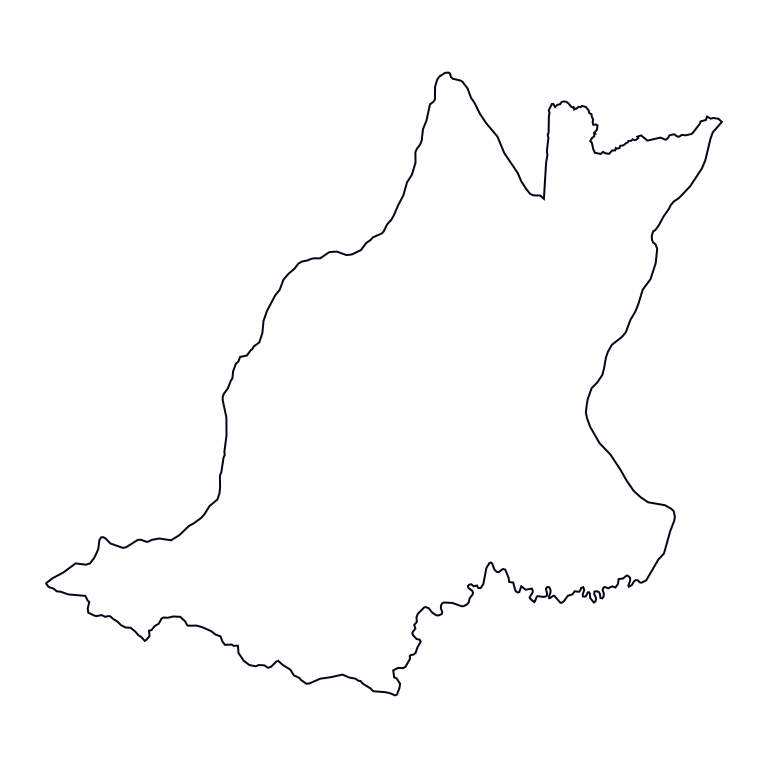 Puerto Nare, Antioquia, Colombia (Natural Earth projection)
{"feature_id": "7082276B40653631008406", "entity_name": "Puerto Nare", "entity_type": "district", "adm_level": 2, "iso_a3": "COL", "parent_name": "Colombia", "parent_adm1": "Antioquia", "projection": "natural_earth1", "projection_center": [-74.693, 6.141], "detail": "fine", "context": "isolated", "style": "outline", "palette": "ink", "viewbox_px": 768, "rotation_deg": 0, "n_neighbors": 0, "source": "geoboundaries", "source_scale": "gbopen_adm2", "svg_char_len": 6079}
<svg xmlns="http://www.w3.org/2000/svg" viewBox="0 0 768 768"><path d="M721.9,121.9L718.4,118.8L713.6,118.0L710.7,118.6L707.1,116.6L705.8,120.0L700.6,121.4L699.8,123.8L692.6,133.1L691.4,134.0L685.8,135.3L681.8,134.9L679.3,136.6L677.4,136.6L674.4,134.4L672.8,134.5L669.4,135.4L667.9,138.1L665.8,139.8L660.4,137.6L647.4,140.6L641.1,135.4L637.3,136.7L638.2,138.1L636.1,139.8L634.6,140.1L632.7,139.3L631.4,140.7L628.4,141.0L627.8,142.4L626.2,143.0L623.6,145.3L620.2,145.9L619.5,148.0L617.0,148.7L615.9,148.0L615.1,150.4L612.1,150.5L609.2,153.8L605.4,153.3L603.0,151.9L600.6,154.0L594.8,152.7L593.3,149.3L591.8,142.6L590.2,141.2L591.9,138.1L594.3,136.2L594.1,133.2L595.3,133.5L594.9,132.0L597.0,129.7L597.5,125.4L596.0,124.5L593.3,124.8L592.6,122.1L593.2,119.8L591.8,116.8L591.5,114.2L589.2,113.0L588.6,110.3L585.9,107.0L582.0,105.9L580.6,107.2L578.7,106.8L576.0,108.9L575.0,108.6L574.2,109.4L573.5,107.1L572.5,107.5L570.6,106.1L568.6,103.5L566.3,101.8L563.9,101.4L561.5,102.1L560.2,104.2L557.4,104.8L555.1,107.0L553.2,103.9L551.9,104.0L548.8,110.2L549.5,113.2L548.9,115.9L548.6,132.8L547.7,134.9L548.4,137.8L546.9,150.9L547.4,155.2L546.1,162.9L543.9,198.8L540.1,195.5L533.7,195.4L530.1,193.9L526.3,189.1L521.2,181.2L517.8,173.1L504.3,153.1L497.4,136.5L486.2,123.2L480.0,113.9L474.2,102.3L471.1,98.0L467.6,88.5L462.6,81.9L461.0,80.7L452.7,78.7L451.0,77.0L449.8,73.3L448.4,72.6L445.2,72.8L439.4,76.5L437.2,79.6L435.1,86.7L434.9,99.6L433.3,101.9L430.0,104.3L426.4,120.8L423.0,129.0L421.7,140.5L420.1,144.5L417.0,148.6L415.4,152.0L415.5,162.8L411.9,174.7L407.0,182.4L403.3,195.5L398.4,204.7L393.8,215.4L391.3,219.8L387.1,224.4L383.7,231.4L381.7,233.5L372.8,237.4L370.8,239.8L366.2,243.0L360.9,250.1L352.0,254.4L346.5,255.1L336.7,251.6L330.6,252.0L329.0,252.3L320.2,258.3L313.8,258.3L311.1,258.9L307.4,260.5L302.0,261.5L298.4,263.6L294.4,268.8L288.7,273.6L283.5,279.5L279.7,289.8L275.3,295.2L266.9,311.1L263.5,321.0L262.4,333.0L259.3,342.4L253.7,346.5L252.2,349.3L250.9,350.0L246.9,355.5L240.1,356.9L238.3,361.7L235.8,363.8L233.1,371.4L232.4,378.4L231.0,380.4L227.8,388.4L223.8,393.9L222.7,397.0L222.7,400.2L226.4,417.5L226.5,435.5L224.4,451.7L224.7,455.1L223.6,457.3L221.3,472.3L219.9,475.7L220.1,487.1L219.5,493.3L217.4,499.5L209.4,506.2L204.3,514.5L201.0,518.1L193.3,523.6L189.0,525.9L179.3,535.2L171.0,540.3L159.3,538.5L152.0,539.8L147.8,541.8L146.5,541.8L141.0,539.8L138.0,539.8L126.0,547.3L122.9,547.9L110.4,543.5L105.4,538.3L103.0,537.1L100.9,537.5L99.4,540.1L98.3,548.8L96.6,552.9L94.2,557.9L90.1,563.3L86.1,564.7L75.6,563.4L63.5,572.4L52.6,578.2L46.1,583.2L46.7,584.5L48.7,587.0L53.6,588.6L56.7,591.3L60.9,591.8L68.2,594.4L85.3,595.9L87.8,600.8L89.3,602.1L87.7,608.4L88.3,612.7L94.5,615.7L96.4,616.1L101.7,615.1L105.1,616.8L108.3,616.1L110.4,616.4L113.1,618.9L117.2,621.4L121.1,625.2L125.7,627.5L130.5,627.7L135.3,631.6L138.3,635.1L141.5,637.2L144.8,640.9L146.2,640.0L149.5,636.1L149.0,630.7L151.6,630.1L154.5,626.2L158.8,623.6L161.5,618.6L163.5,617.5L167.7,617.8L173.0,616.5L180.2,616.8L185.1,621.3L187.0,624.9L188.1,625.7L196.7,625.6L202.0,627.1L211.1,631.1L215.8,634.7L220.4,636.3L222.5,641.6L224.9,644.8L231.7,644.6L233.6,645.8L237.9,645.7L238.5,653.0L243.7,660.7L249.3,665.0L255.7,666.3L258.9,665.0L264.4,665.4L268.1,667.8L271.1,666.7L276.4,661.5L278.2,660.9L282.6,664.8L290.4,669.7L293.8,675.3L299.6,678.1L301.0,680.0L306.3,683.7L309.3,683.5L320.2,678.7L330.7,677.2L342.5,674.6L349.1,677.5L355.3,678.6L358.3,680.7L360.6,681.1L362.7,683.6L370.3,688.3L373.3,691.2L385.4,692.2L390.3,693.3L395.1,695.4L396.9,694.6L399.4,688.2L400.1,683.8L396.5,678.3L394.2,677.4L393.2,670.4L397.8,668.0L403.2,668.1L405.5,666.8L410.0,658.8L409.8,655.9L410.7,655.1L413.5,654.6L415.6,652.9L417.4,647.5L420.7,641.6L419.7,639.7L416.6,639.0L413.2,635.4L412.3,633.3L412.9,631.7L415.4,628.6L414.2,624.9L416.8,622.0L416.5,617.2L417.8,613.8L424.2,607.4L425.6,607.1L428.6,608.1L432.2,612.6L436.2,615.2L438.3,615.5L440.8,614.5L441.9,613.8L442.3,612.4L440.9,608.2L441.0,605.5L442.3,603.3L444.2,602.5L452.6,603.0L461.8,606.3L463.8,606.1L467.0,604.4L468.8,602.2L469.6,598.3L472.4,594.8L473.1,592.7L472.1,590.7L468.5,588.1L467.8,586.0L469.4,584.6L471.3,584.3L473.6,586.2L477.0,585.5L478.3,588.0L480.6,588.1L483.3,584.1L486.4,568.0L489.5,562.9L490.9,562.6L492.1,563.4L494.4,569.5L496.6,571.8L498.6,572.2L502.8,569.0L505.2,569.6L508.5,577.4L509.2,582.0L513.2,582.5L515.3,590.4L516.4,591.8L518.2,592.5L519.3,592.0L521.3,586.3L525.7,589.7L531.8,588.6L532.7,590.5L532.7,592.2L529.6,597.4L530.1,598.6L534.2,602.2L534.8,601.5L534.1,601.1L535.3,600.3L536.7,596.8L537.6,596.1L542.8,596.9L545.5,596.6L546.8,595.8L547.1,593.6L546.0,589.2L546.3,588.0L547.4,587.0L549.3,587.3L550.5,589.9L550.5,592.5L549.1,596.1L549.1,598.1L550.1,598.0L553.3,595.8L554.4,595.9L560.5,602.9L562.1,602.5L564.0,601.1L567.8,595.8L572.4,594.4L574.6,591.3L579.1,591.8L580.3,590.4L581.1,588.0L583.3,587.2L584.2,590.1L582.8,594.0L582.9,596.4L584.6,596.7L586.0,596.1L587.8,592.3L588.9,592.2L589.8,593.4L590.2,598.0L593.9,602.6L595.3,601.5L596.0,599.7L595.8,597.5L594.2,594.1L594.5,591.5L597.1,591.3L599.0,592.2L599.9,593.9L600.4,597.8L602.1,598.4L603.2,597.3L603.8,595.4L603.7,593.1L602.6,590.0L603.4,587.7L605.0,587.0L608.1,588.3L612.2,586.4L615.5,587.5L618.0,583.9L618.6,579.1L623.0,578.5L626.6,575.6L627.9,575.7L630.1,577.8L630.1,580.6L628.4,585.6L628.9,586.7L631.9,585.0L633.8,581.6L635.5,580.2L637.6,580.2L640.0,582.5L641.4,582.7L646.2,580.4L658.3,559.6L664.0,553.4L670.2,531.2L674.2,520.8L674.9,516.7L673.7,511.1L671.1,508.7L664.9,505.2L648.2,502.3L640.8,497.4L633.7,490.9L626.6,480.6L620.2,469.3L610.3,454.4L599.6,443.3L590.1,426.7L587.0,418.1L585.9,412.6L586.7,405.0L587.7,399.2L591.6,388.2L597.3,382.4L602.3,375.0L604.0,368.6L606.0,357.3L608.0,351.6L611.9,344.8L622.1,336.8L625.9,332.1L630.5,319.7L635.3,311.7L638.3,304.2L642.8,289.5L650.5,279.2L655.7,263.1L657.2,248.9L655.5,244.3L652.9,242.3L651.9,239.3L651.8,235.8L653.2,231.3L655.3,230.1L658.7,225.5L663.5,216.6L668.7,209.2L670.8,205.0L673.9,201.4L679.2,197.8L690.2,186.2L701.8,168.6L705.2,160.7L710.5,138.7L712.8,132.3L721.9,121.9Z" fill="none" stroke="#020617" stroke-width="2"/></svg>